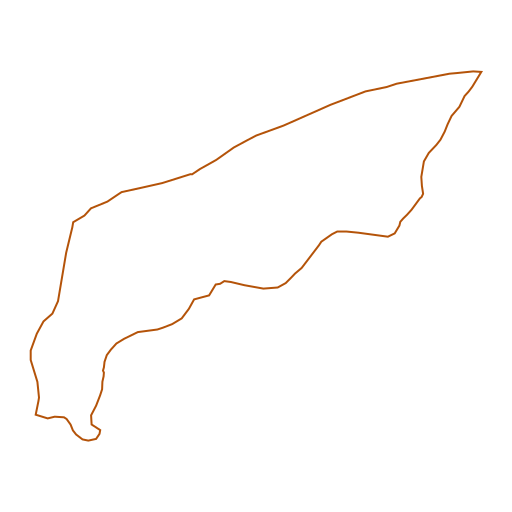 Bassa, Kogi, Nigeria (Albers equal-area conic projection)
{"feature_id": "59680162B66680936539808", "entity_name": "Bassa", "entity_type": "district", "adm_level": 2, "iso_a3": "NGA", "parent_name": "Nigeria", "parent_adm1": "Kogi", "projection": "albers", "projection_center": [7.028, 7.745], "detail": "fine", "context": "isolated", "style": "outline", "palette": "amber", "viewbox_px": 512, "rotation_deg": 0, "n_neighbors": 0, "source": "geoboundaries", "source_scale": "gbopen_adm2", "svg_char_len": 1502}
<svg xmlns="http://www.w3.org/2000/svg" viewBox="0 0 512 512"><path d="M481.3,71.9L473.2,71.4L456.4,73.1L449.5,73.7L396.7,83.7L386.7,87.0L365.5,91.4L330.5,104.8L283.5,125.6L256.3,135.5L254.2,136.6L246.4,140.7L233.8,147.5L216.1,160.0L200.0,169.0L192.1,174.3L190.4,174.2L162.1,183.1L142.1,187.6L121.6,192.1L118.4,194.2L107.4,201.6L91.0,208.3L84.5,215.5L84.4,215.6L73.2,222.2L72.3,227.4L66.2,252.6L58.0,301.2L52.4,313.6L43.5,321.4L36.8,333.7L30.7,350.5L30.7,360.0L37.4,381.9L39.0,397.6L38.4,401.3L35.7,414.7L47.7,418.4L54.7,416.7L64.0,417.3L66.6,419.0L70.6,424.6L72.9,430.4L76.1,434.5L82.5,439.4L88.3,440.6L96.1,438.9L99.5,433.9L100.2,430.1L91.6,424.5L91.1,415.3L96.1,405.7L100.1,395.4L102.1,389.3L102.4,381.7L103.6,376.4L103.9,372.6L103.0,370.6L103.9,367.4L104.3,363.9L104.5,361.9L106.8,355.1L110.9,349.6L116.4,343.5L124.1,338.8L137.8,332.1L157.4,329.5L162.9,327.7L172.2,324.1L181.7,318.4L188.9,308.8L194.1,299.4L201.5,297.4L209.1,295.4L215.7,284.5L220.1,283.8L224.3,281.1L230.9,282.0L244.4,285.2L263.4,288.6L277.7,287.5L285.7,283.1L291.1,277.7L295.1,273.5L301.7,267.9L319.0,245.2L321.3,241.7L322.0,241.2L332.0,234.2L337.3,231.5L346.1,231.5L358.3,232.7L387.9,236.7L394.7,233.4L399.4,225.6L400.3,221.8L403.2,218.5L407.0,214.8L411.5,209.8L419.9,198.4L421.6,197.0L423.1,193.8L422.9,192.4L421.9,185.9L421.3,176.9L423.9,161.4L428.8,152.9L436.3,145.0L440.4,139.8L444.7,131.6L447.6,124.3L451.6,115.9L459.4,106.8L464.6,96.0L468.6,91.6L472.3,86.7L481.3,71.9Z" fill="none" stroke="#b45309" stroke-width="2"/></svg>